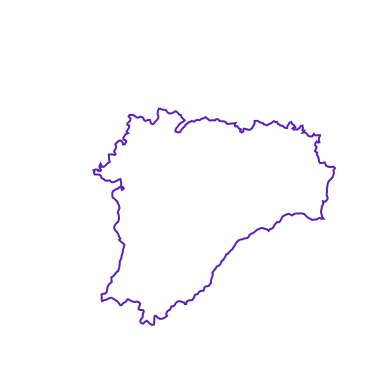 outline of São João del Rei, Minas Gerais, Brazil, rotated 324°
{"feature_id": "56859067B59074018278949", "entity_name": "São João del Rei", "entity_type": "district", "adm_level": 2, "iso_a3": "BRA", "parent_name": "Brazil", "parent_adm1": "Minas Gerais", "projection": "albers", "projection_center": [-44.281, -21.238], "detail": "fine", "context": "isolated", "style": "outline", "palette": "violet", "viewbox_px": 384, "rotation_deg": 324, "n_neighbors": 0, "source": "geoboundaries", "source_scale": "gbopen_adm2", "svg_char_len": 6078}
<svg xmlns="http://www.w3.org/2000/svg" viewBox="0 0 384 384"><g transform="rotate(324 192 192)"><path d="M313.4,193.7L311.8,193.2L310.1,194.0L308.1,194.7L306.6,196.1L305.3,195.2L304.4,193.5L304.3,191.7L302.5,190.3L302.4,188.6L301.4,187.3L302.0,185.4L300.6,184.3L300.0,182.8L298.1,182.8L296.5,182.9L293.4,182.2L291.7,182.2L291.0,180.6L289.9,179.6L290.0,178.2L289.0,177.1L287.8,175.3L287.0,173.3L285.8,172.1L284.3,171.3L283.3,173.0L282.1,173.9L277.6,175.8L275.5,175.7L273.8,174.6L272.8,172.8L271.1,171.2L270.0,172.0L269.1,173.2L267.3,173.1L266.5,171.1L268.4,170.1L267.3,168.5L267.4,166.8L267.2,165.3L265.5,164.3L266.1,162.7L267.8,161.9L266.0,161.0L264.3,159.9L260.9,158.0L260.2,156.8L260.3,155.0L259.2,153.5L257.4,152.1L256.1,150.8L255.9,148.6L254.5,147.3L252.7,147.6L251.5,146.5L249.8,145.4L248.3,144.6L248.0,143.2L247.6,141.9L247.1,139.5L245.3,139.3L242.4,138.4L240.4,138.4L239.0,137.0L237.3,136.2L234.9,136.2L233.4,134.2L231.6,134.2L230.2,133.5L228.7,133.8L227.2,133.7L224.2,134.7L222.4,134.9L219.5,135.6L217.9,136.5L215.8,135.6L214.2,133.4L214.9,132.2L216.9,131.1L219.0,130.7L221.1,129.8L223.9,129.5L226.2,130.0L228.2,129.7L227.5,125.3L228.2,123.4L227.2,122.1L227.1,120.1L226.9,118.5L226.3,117.1L224.9,116.8L222.5,116.6L220.7,115.8L219.3,114.5L219.0,112.8L219.0,110.4L217.7,109.1L216.5,108.1L215.7,106.5L214.3,105.1L212.4,106.1L211.1,107.4L210.0,108.8L209.4,110.8L208.2,112.4L206.2,113.1L202.2,113.8L200.6,114.3L199.5,113.5L199.3,112.0L199.7,110.6L200.4,109.2L199.1,108.1L197.9,107.6L196.2,107.3L195.5,105.4L196.1,103.4L194.9,100.9L193.1,100.4L191.6,99.9L190.8,98.4L189.7,94.9L188.0,93.9L186.8,93.0L185.1,93.6L185.5,96.3L183.8,98.0L181.9,98.2L180.4,98.4L179.2,99.4L180.2,101.4L178.9,102.9L176.5,103.9L174.5,104.8L174.9,106.9L171.8,106.2L169.9,107.2L168.1,107.8L167.4,109.4L168.6,110.8L168.7,112.3L167.2,113.3L165.4,113.9L164.1,112.8L165.2,110.8L164.5,108.5L163.1,107.5L161.5,107.9L159.6,107.9L158.0,108.3L157.6,110.4L156.4,111.8L154.3,112.6L152.8,113.4L152.5,116.4L151.0,116.6L150.1,115.2L148.7,114.0L146.6,112.8L145.5,114.8L144.0,116.9L143.1,119.4L140.7,119.1L137.1,119.8L135.2,119.6L133.8,118.6L134.4,117.0L134.7,115.4L133.3,116.0L131.9,117.2L131.6,118.8L131.1,121.1L129.7,120.8L128.5,120.1L129.1,118.8L126.9,116.9L125.0,116.5L125.1,118.0L123.9,118.9L123.6,120.7L126.6,122.9L127.5,124.1L127.7,125.9L127.0,127.5L128.0,129.2L128.5,131.7L130.2,133.2L132.3,134.3L132.8,136.9L134.5,138.0L137.7,138.7L139.6,138.8L141.7,139.5L139.8,143.6L138.6,144.9L138.0,146.4L136.8,145.5L133.7,145.6L132.2,145.1L128.5,144.9L127.2,145.7L125.9,147.3L124.6,149.7L125.3,152.1L125.7,154.2L125.8,156.2L125.3,158.1L125.1,159.7L124.5,161.3L123.7,162.6L122.3,163.3L119.6,165.3L119.6,166.7L117.8,170.0L116.2,171.6L114.6,172.7L112.6,172.8L109.8,173.6L107.9,175.2L107.5,176.9L107.7,181.1L107.5,182.9L106.6,185.9L106.6,187.6L104.9,187.9L105.1,189.6L106.1,192.9L106.3,194.9L105.0,196.1L102.7,197.8L100.7,199.9L99.5,200.7L98.4,201.7L97.2,202.5L96.3,203.7L94.8,204.7L93.1,205.4L89.5,209.7L88.2,210.8L86.9,211.6L85.8,212.6L84.4,212.4L80.4,213.5L78.4,213.8L76.7,213.6L75.0,216.0L74.4,217.5L71.0,217.9L69.4,218.4L67.6,219.3L66.3,221.0L65.0,221.9L63.8,223.1L61.6,223.0L59.7,221.8L58.3,222.0L57.5,223.6L56.6,224.9L55.6,225.8L55.1,227.4L57.0,227.8L60.0,229.0L61.6,229.1L63.3,229.4L64.9,230.5L67.3,236.5L67.5,238.1L67.4,241.2L68.4,242.1L70.3,241.5L74.2,241.8L75.7,241.0L77.2,241.1L79.1,245.0L80.2,246.5L81.3,247.5L83.1,248.3L84.2,249.7L84.4,251.8L82.8,253.3L81.0,254.1L79.9,255.7L81.0,257.2L82.2,258.0L83.2,259.3L82.5,260.7L81.0,261.4L79.6,262.8L78.3,264.5L75.5,265.1L74.2,266.0L73.9,268.0L75.1,269.8L77.2,269.4L79.7,269.5L80.6,273.8L81.5,276.0L83.2,276.9L84.5,275.7L87.1,272.2L88.7,270.5L90.1,270.9L90.3,273.3L91.4,275.6L92.9,276.7L94.3,277.2L95.7,277.6L99.1,277.5L99.2,276.0L100.3,274.7L101.8,274.1L103.4,274.0L104.9,274.4L108.1,272.4L109.6,273.4L111.5,273.4L113.6,272.3L115.9,272.1L117.8,272.9L119.5,275.5L120.7,276.8L120.3,278.6L121.4,279.3L122.4,278.2L124.1,277.5L126.0,278.0L128.8,279.6L130.4,278.9L131.7,278.8L132.9,277.5L134.6,277.0L136.5,277.9L138.7,277.0L140.2,277.0L141.5,277.6L143.3,278.6L144.9,277.6L146.0,276.5L147.6,276.5L150.6,277.9L151.8,277.2L153.5,276.9L154.8,275.4L157.4,273.1L158.8,272.3L160.4,270.9L161.1,269.2L164.9,268.1L166.8,267.5L168.2,266.8L170.2,267.3L172.2,267.2L175.8,265.1L177.3,265.4L179.1,264.6L181.0,263.9L182.7,262.6L184.4,263.1L189.5,261.9L191.1,262.1L192.5,261.3L194.2,260.8L196.0,260.0L197.2,259.1L201.0,258.5L203.0,258.9L204.7,259.8L206.8,260.3L208.4,261.2L210.1,261.8L211.9,261.4L213.4,260.5L215.3,260.6L217.2,261.0L219.0,261.1L220.7,260.9L222.9,260.8L224.3,261.4L226.1,261.6L227.8,262.5L228.6,263.7L229.8,265.1L230.9,266.8L231.1,268.5L233.1,267.9L234.7,268.5L236.6,268.5L238.8,267.4L240.4,266.9L243.2,266.3L244.6,267.6L246.4,267.4L250.1,265.4L251.7,265.1L255.5,265.8L257.4,266.4L259.2,269.8L260.6,269.7L262.3,270.0L264.0,270.8L265.6,272.1L267.1,273.0L268.3,274.0L269.9,275.8L270.2,278.4L270.6,280.2L271.1,281.8L272.1,283.4L272.7,285.2L274.6,286.0L276.0,287.2L278.4,287.6L280.3,288.1L280.9,289.8L282.7,291.0L282.9,288.3L283.8,285.9L284.7,284.0L285.7,282.7L286.9,281.9L288.8,279.8L290.4,279.3L291.7,278.2L292.5,276.5L293.7,278.0L295.2,278.1L297.0,277.6L298.5,276.3L298.9,274.3L300.0,272.4L301.3,271.3L302.2,270.1L302.8,268.7L304.2,267.7L305.1,266.6L306.5,265.3L308.4,263.9L314.4,262.7L316.3,261.4L318.3,259.7L318.9,257.9L321.7,256.7L321.5,254.9L319.8,253.7L318.5,253.0L317.1,251.6L315.8,249.6L316.8,246.3L313.8,244.6L312.6,243.8L312.7,242.2L314.6,238.4L315.0,235.0L316.5,233.8L315.8,232.5L315.5,231.1L317.2,230.3L319.4,228.7L319.0,226.8L320.2,225.2L322.6,224.4L323.1,226.2L324.3,226.7L325.1,224.5L326.4,223.1L328.9,221.4L327.4,220.1L325.9,219.4L324.8,218.3L324.7,216.5L323.3,217.0L322.1,217.6L320.4,216.7L319.1,215.0L318.9,211.2L318.1,210.0L316.4,209.1L319.1,208.3L317.8,206.9L319.5,205.2L320.4,203.2L318.6,202.5L316.9,203.4L315.5,203.3L314.1,203.5L312.8,202.4L310.9,201.2L310.6,199.7L312.1,199.6L313.6,200.3L313.9,198.2L313.0,195.7L313.4,193.7ZM138.0,146.4L139.0,147.3L138.8,149.1L136.6,149.2L137.0,147.6L138.0,146.4Z" fill="none" stroke="#5b21b6" stroke-width="2"/></g></svg>